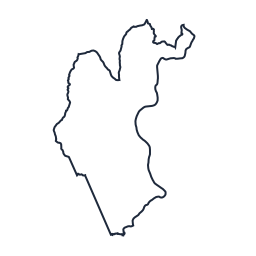 the district of Solita, Caquetá, Colombia, rotated 265°
{"feature_id": "7082276B92515443610451", "entity_name": "Solita", "entity_type": "district", "adm_level": 2, "iso_a3": "COL", "parent_name": "Colombia", "parent_adm1": "Caquetá", "projection": "orthographic", "projection_center": [-75.617, 0.89], "detail": "fine", "context": "isolated", "style": "outline", "palette": "slate", "viewbox_px": 256, "rotation_deg": 265, "n_neighbors": 0, "source": "geoboundaries", "source_scale": "gbopen_adm2", "svg_char_len": 5895}
<svg xmlns="http://www.w3.org/2000/svg" viewBox="0 0 256 256"><g transform="rotate(265 128 128)"><path d="M23.3,101.6L23.7,102.4L23.0,102.8L22.8,102.9L22.7,103.2L22.9,103.3L23.7,103.4L23.8,103.6L23.6,104.0L23.6,104.7L23.4,105.1L23.8,105.7L23.7,106.3L23.9,106.5L23.8,107.3L24.1,108.2L24.0,108.4L23.6,108.1L23.4,108.3L23.2,109.8L22.8,111.1L22.8,112.8L22.6,113.2L22.5,113.4L22.3,113.4L21.8,113.1L21.6,113.1L21.4,113.9L22.2,114.1L22.4,114.9L23.2,115.4L23.8,115.4L24.1,115.3L24.1,115.0L24.0,114.6L27.3,114.5L27.8,114.7L28.4,115.2L29.0,116.0L30.0,119.2L30.1,120.3L30.0,121.1L29.8,121.6L29.7,122.4L29.9,123.4L30.4,124.7L32.1,124.5L34.9,124.5L35.6,124.6L37.3,125.6L38.4,127.0L40.4,130.7L42.0,132.0L43.7,134.4L45.0,135.8L46.1,136.5L48.1,137.4L49.2,138.3L49.6,139.0L49.8,140.2L50.0,140.8L50.4,141.3L51.8,142.1L53.0,143.3L54.0,144.9L54.0,145.2L56.0,148.3L56.4,149.4L56.8,150.0L56.9,151.0L57.0,152.4L56.9,153.0L56.1,154.1L55.8,155.1L55.8,155.8L55.9,156.4L56.3,157.3L56.8,158.1L57.7,159.0L58.4,159.5L58.8,159.6L60.0,159.8L61.0,159.8L61.5,159.6L62.3,159.0L64.2,157.4L65.3,156.0L67.5,153.4L68.8,151.8L70.4,150.0L71.4,149.3L73.1,148.6L73.8,148.2L77.3,146.9L80.6,146.1L84.4,144.9L86.3,144.7L88.6,144.7L89.4,144.7L91.9,145.4L94.8,145.8L97.3,146.5L98.3,147.0L99.9,147.6L104.4,148.0L106.8,148.0L107.7,147.8L108.5,147.5L111.0,146.0L113.2,144.1L114.0,143.3L115.2,141.8L116.8,140.4L117.2,139.9L119.8,138.1L123.1,137.0L125.6,136.5L128.1,136.4L129.4,136.1L130.9,135.9L134.2,136.0L136.3,136.6L139.0,137.7L142.6,139.8L143.6,140.5L144.5,141.5L147.0,145.2L147.6,146.5L147.8,147.7L147.9,153.3L148.0,154.5L148.5,156.4L149.2,157.5L150.2,158.4L151.4,159.2L152.9,159.9L155.7,160.2L158.9,160.0L160.5,159.8L162.4,159.0L164.3,158.6L166.3,158.7L167.3,159.0L168.0,159.4L168.5,160.2L169.1,160.8L169.4,160.9L170.0,161.2L171.5,161.5L173.9,161.9L174.7,162.1L177.2,162.3L186.3,162.3L187.8,162.5L192.0,165.1L193.9,166.5L194.5,167.2L194.8,168.3L194.7,169.0L194.3,169.6L193.7,170.1L193.2,171.1L192.9,171.8L192.9,172.6L193.7,176.3L193.7,179.6L193.4,180.8L192.8,181.5L192.7,183.7L192.8,185.8L192.8,188.3L193.2,189.1L193.7,189.9L194.1,190.3L194.9,190.8L197.7,191.7L200.1,192.1L201.4,192.8L202.3,194.2L203.1,196.2L203.7,196.8L205.7,197.7L207.8,198.7L209.2,199.8L210.4,200.5L211.4,201.4L213.2,202.1L213.8,202.2L214.5,201.9L215.0,201.5L216.1,200.2L218.0,198.8L218.8,198.4L219.3,197.7L220.8,195.5L222.7,193.3L224.0,192.5L225.0,192.3L225.9,192.4L225.8,191.5L225.7,191.0L225.3,190.4L224.8,190.0L223.9,189.7L221.9,189.9L220.8,190.1L220.1,189.9L219.5,189.8L219.2,189.7L218.9,189.7L218.2,189.5L217.9,189.5L217.8,189.8L217.5,189.8L217.3,190.1L217.0,190.0L216.8,190.3L216.6,190.3L216.2,189.9L216.2,189.4L216.0,189.0L214.7,187.0L213.6,185.7L213.1,185.5L212.4,184.7L211.8,184.4L211.0,183.6L204.3,182.1L204.7,181.9L204.9,181.7L204.8,181.1L205.0,180.4L205.5,179.7L205.6,179.2L206.1,178.6L206.5,178.2L206.7,177.4L207.5,176.1L207.5,175.8L207.3,175.1L207.4,174.5L209.3,173.1L210.7,172.3L211.1,171.7L211.1,169.4L210.7,168.6L209.9,167.5L209.7,167.0L209.8,165.9L209.7,165.6L209.2,164.7L209.1,164.3L209.4,163.9L210.2,163.1L210.4,162.4L210.6,161.2L210.9,160.8L211.3,160.5L211.6,160.5L212.4,160.8L212.9,161.8L213.6,162.0L215.0,162.2L216.3,162.5L216.8,163.6L217.1,163.7L219.2,162.3L220.3,161.9L221.9,162.2L223.2,162.2L223.7,162.4L224.2,162.2L224.6,161.7L224.6,160.4L226.1,160.2L228.3,159.0L229.0,159.0L229.6,158.9L230.5,157.0L232.2,156.8L233.9,156.3L234.6,156.4L231.3,154.4L229.8,153.3L229.1,151.1L229.0,149.0L228.6,146.1L228.2,145.3L228.1,144.9L228.2,143.4L228.3,143.1L228.7,142.6L228.7,142.3L228.2,141.7L228.0,140.9L227.5,140.0L226.9,139.3L226.4,139.0L225.6,138.1L225.1,137.1L224.3,136.3L224.0,135.6L223.5,135.0L222.8,134.6L221.9,134.4L221.0,133.6L220.2,132.7L219.2,131.9L216.9,130.7L215.0,130.0L212.1,129.6L211.6,129.2L210.8,128.7L209.7,128.7L205.8,127.3L204.0,125.8L203.3,125.6L202.3,125.7L201.1,126.0L199.9,126.1L197.8,125.6L196.8,125.6L196.2,125.8L195.2,125.7L194.2,125.5L192.4,125.5L191.3,125.4L189.3,125.7L186.0,124.6L185.2,124.1L183.8,123.6L181.4,123.7L180.7,123.5L178.4,123.5L176.6,123.6L176.7,123.1L176.5,122.5L176.7,121.0L177.1,120.0L177.7,119.6L178.3,119.0L179.5,117.5L181.1,116.2L182.4,115.7L186.6,114.8L187.3,114.2L188.1,113.0L189.1,112.5L191.2,110.8L192.4,110.1L195.1,109.3L196.1,108.8L197.6,107.5L198.7,106.8L200.3,106.5L201.6,106.1L205.9,103.7L206.8,102.8L207.5,101.9L208.2,100.4L208.2,98.7L207.8,97.4L207.2,96.3L207.2,94.1L207.0,93.4L206.3,92.2L206.2,91.0L205.8,86.0L205.6,85.5L205.8,85.2L204.1,84.7L202.7,83.8L201.8,84.0L200.8,83.6L200.3,83.4L199.5,82.6L198.5,80.8L197.9,80.3L196.9,80.0L196.1,79.4L194.6,79.3L192.9,79.5L192.2,79.1L191.8,78.6L191.6,77.8L191.1,76.9L189.7,75.8L188.6,75.1L186.8,74.3L186.0,73.9L185.6,74.2L185.1,74.2L184.5,74.0L184.0,73.5L183.7,73.4L183.1,73.0L182.6,73.0L182.3,73.2L181.8,73.1L181.6,73.1L181.0,72.5L180.5,72.3L179.9,72.6L178.8,72.5L178.0,72.6L177.1,73.7L176.6,73.9L176.0,73.6L175.2,72.3L174.5,71.6L174.0,71.5L173.5,71.6L172.9,72.1L172.3,71.9L172.0,71.5L171.6,71.2L171.2,71.2L170.2,71.7L169.4,71.8L168.1,71.3L167.0,70.6L166.3,70.5L165.5,70.5L163.6,70.9L163.2,70.9L162.6,70.7L161.9,70.6L160.0,72.0L159.4,72.3L158.5,72.5L158.2,72.5L157.4,72.1L156.5,71.8L155.7,71.4L154.1,70.8L153.1,69.8L151.3,69.1L150.8,68.7L150.7,67.8L149.8,67.6L148.1,66.7L146.9,66.5L145.2,65.8L144.5,65.1L144.3,64.6L143.9,64.1L143.1,63.5L141.8,62.9L141.6,62.2L141.1,61.5L139.2,59.5L138.2,57.6L137.4,56.8L136.7,56.3L135.6,55.2L134.9,54.8L133.5,54.2L132.4,53.8L131.3,54.0L129.8,54.5L128.1,54.7L126.5,55.2L125.3,55.4L123.3,55.4L123.2,55.5L122.0,55.1L121.3,55.0L119.7,56.7L119.4,57.5L119.3,58.3L118.7,59.5L117.6,60.0L114.6,59.9L113.3,59.7L112.5,60.0L111.8,60.8L110.1,61.4L108.8,61.4L107.6,61.8L105.8,63.0L104.5,66.2L104.2,66.6L85.3,73.1L85.5,73.3L86.2,73.5L86.3,73.7L86.3,73.9L86.8,74.3L86.6,74.8L85.8,75.4L85.7,76.6L85.9,77.7L85.3,78.5L84.9,78.7L84.7,79.1L84.5,80.3L84.7,81.2L84.2,81.2L23.3,101.6Z" fill="none" stroke="#1e293b" stroke-width="2"/></g></svg>